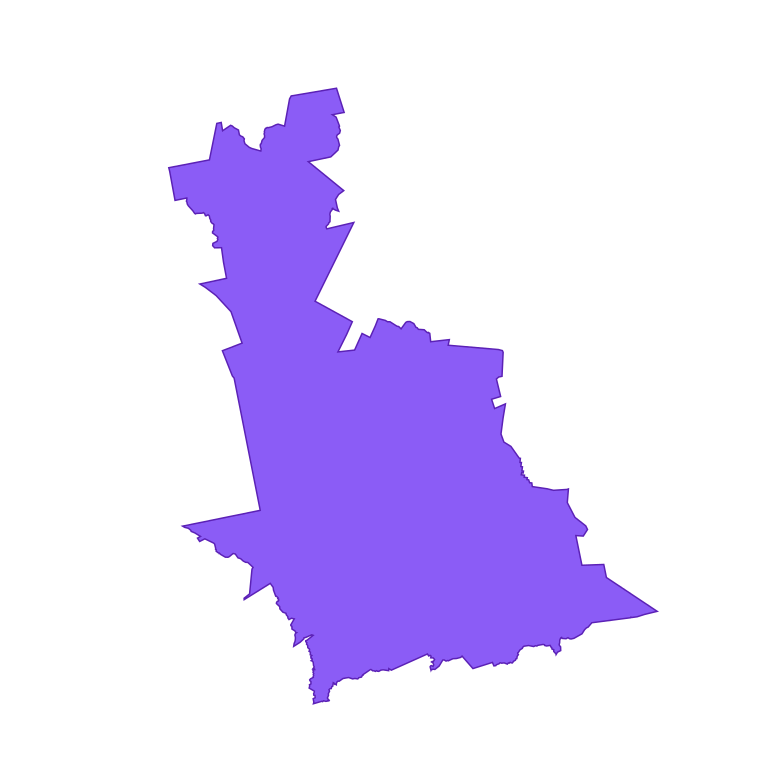 Buenaventura, Chihuahua, Mexico, rotated 349°
{"feature_id": "50627088B21405977079278", "entity_name": "Buenaventura", "entity_type": "district", "adm_level": 2, "iso_a3": "MEX", "parent_name": "Mexico", "parent_adm1": "Chihuahua", "projection": "albers", "projection_center": [-107.167, 30.188], "detail": "fine", "context": "isolated", "style": "filled", "palette": "violet", "viewbox_px": 768, "rotation_deg": 349, "n_neighbors": 0, "source": "geoboundaries", "source_scale": "gbopen_adm2", "svg_char_len": 6166}
<svg xmlns="http://www.w3.org/2000/svg" viewBox="0 0 768 768"><g transform="rotate(349 384 384)"><path d="M231.7,320.5L236.7,347.2L238.0,349.6L238.4,484.4L159.2,485.1L161.0,486.7L164.4,488.3L166.4,490.7L166.6,491.9L169.9,494.1L174.8,498.6L171.5,499.7L173.0,503.4L178.6,501.8L186.5,507.7L187.2,508.8L187.4,513.2L187.1,514.1L187.7,514.7L187.3,516.1L189.1,518.1L189.9,518.4L189.9,519.0L190.4,519.0L191.1,520.1L195.2,523.7L197.8,524.3L199.3,523.9L203.5,521.6L205.6,522.5L207.5,526.8L209.9,528.1L212.0,530.9L214.1,532.6L216.3,533.2L220.5,539.0L219.1,540.5L212.0,564.4L205.8,567.6L205.6,569.0L234.3,558.0L236.4,562.5L236.2,565.2L237.2,571.5L237.5,571.4L239.2,573.5L238.7,574.4L239.4,574.9L239.3,576.3L238.9,576.9L238.0,576.9L236.9,577.8L236.5,579.0L239.1,582.6L238.9,584.9L241.2,588.7L244.1,590.4L244.0,591.8L245.2,594.0L245.0,595.3L245.8,597.1L248.4,596.3L251.1,597.4L246.5,602.7L246.5,603.5L247.2,604.0L247.3,604.5L246.9,607.0L249.4,609.3L250.0,611.0L250.7,611.4L249.6,611.8L248.6,613.4L248.7,615.7L248.4,617.2L247.6,619.6L246.3,621.5L245.3,624.3L252.4,621.5L256.7,618.8L257.0,617.9L259.0,617.8L265.2,616.4L266.5,617.2L259.6,620.8L258.2,621.1L258.0,622.0L258.9,623.2L258.3,624.6L259.2,626.0L258.9,628.0L259.3,629.0L260.2,629.8L260.2,630.9L259.4,632.1L260.6,633.2L259.9,635.7L261.3,636.7L260.2,637.5L260.3,638.5L260.0,638.8L260.2,639.5L261.0,639.8L260.9,641.0L259.7,641.7L260.8,642.4L261.4,643.6L261.1,646.8L261.5,648.5L260.1,649.8L260.9,649.8L261.6,650.8L261.5,651.2L259.9,650.8L259.6,651.3L260.1,652.5L259.3,653.3L259.8,654.8L259.1,655.7L259.3,656.8L258.5,658.0L258.6,658.5L255.6,659.4L254.6,660.2L254.7,661.2L255.5,662.1L255.1,664.2L254.8,664.7L253.5,664.9L253.4,666.3L252.5,668.2L257.0,672.2L256.8,673.1L255.8,674.6L255.8,676.2L256.8,676.5L256.6,678.8L254.4,679.4L254.4,683.0L253.7,684.4L262.5,683.6L263.2,684.1L264.2,683.4L266.2,684.4L267.8,684.5L268.6,683.9L269.0,684.5L269.5,684.5L269.9,684.1L268.6,682.0L268.6,681.3L270.2,678.9L270.2,677.5L271.9,675.2L271.7,673.5L272.9,672.8L274.1,672.9L275.1,671.0L276.0,670.9L277.2,667.5L278.0,668.2L278.0,669.0L278.5,669.5L278.9,669.3L279.8,670.1L280.0,669.1L281.1,667.4L282.2,666.9L283.3,667.2L287.5,665.3L290.8,665.3L293.3,665.4L296.9,667.5L299.2,667.5L302.0,668.5L303.2,667.5L306.0,667.4L307.4,665.6L307.9,665.8L308.4,665.1L316.2,661.7L316.8,661.8L318.2,663.4L319.4,663.6L320.8,664.5L322.1,664.0L322.8,664.7L324.1,665.1L326.3,664.3L328.6,664.4L333.9,666.3L334.4,664.3L336.6,666.3L375.1,657.3L376.0,659.5L377.5,659.2L378.3,660.2L377.6,661.7L380.1,662.3L381.1,664.1L379.2,666.1L378.4,665.5L377.6,665.9L378.9,667.1L379.2,669.3L378.2,670.6L377.0,669.5L376.0,669.6L375.3,670.4L375.5,673.8L375.8,673.3L376.0,673.7L377.6,673.3L379.5,673.9L384.3,671.4L389.0,666.2L390.3,666.3L392.0,667.8L393.8,667.6L394.3,668.0L399.3,666.8L402.7,667.3L407.2,667.0L408.7,666.0L417.0,680.3L437.3,678.0L438.1,681.7L440.0,681.8L440.8,681.0L443.5,680.6L444.8,679.8L446.2,680.5L448.7,680.7L451.6,682.5L452.6,681.7L453.6,681.9L453.7,681.5L454.8,681.3L455.4,681.9L456.8,682.3L458.3,680.9L460.3,680.2L461.0,679.0L462.0,678.9L462.8,676.6L464.3,675.3L463.8,674.2L464.0,673.4L464.7,673.1L466.8,670.9L469.4,669.9L469.7,669.1L471.3,668.1L476.0,668.3L480.9,670.3L482.6,669.8L484.1,670.4L485.1,669.9L490.4,670.0L491.8,670.6L491.9,671.4L493.6,672.2L497.2,672.3L498.0,674.8L498.3,674.9L498.4,676.4L499.9,677.1L499.6,679.0L501.3,681.7L501.3,682.4L503.1,680.4L506.6,679.4L507.2,675.7L506.3,674.0L506.3,672.9L507.0,671.7L507.7,668.8L509.0,667.0L510.0,666.7L510.2,667.7L514.1,668.8L516.2,668.1L517.6,669.5L519.0,670.0L521.9,669.9L530.7,667.0L534.0,663.5L536.2,662.0L538.0,661.6L542.5,658.0L581.6,660.5L581.9,660.0L582.8,660.5L588.1,660.8L595.9,659.9L608.8,659.3L565.4,616.4L565.3,603.1L543.7,599.7L543.4,569.4L550.6,571.3L556.0,565.7L555.0,561.8L546.0,551.4L541.3,535.4L545.0,522.2L543.5,522.4L530.1,520.7L524.2,518.0L510.0,513.0L510.2,509.3L508.1,508.7L507.7,505.7L506.1,505.1L506.8,503.3L503.8,502.2L504.5,500.3L501.4,499.3L502.2,497.4L503.6,497.9L504.3,496.1L502.8,495.6L504.1,491.7L502.6,491.1L503.9,487.3L502.5,486.9L503.7,483.0L502.8,482.7L502.3,482.0L496.7,469.5L490.6,463.9L489.3,455.4L494.4,440.1L499.4,426.7L487.9,429.2L486.7,419.5L496.1,418.5L495.3,400.5L498.0,399.0L501.3,399.0L507.0,375.6L506.6,373.8L502.9,372.0L454.4,358.2L456.6,352.9L437.9,351.4L438.6,343.0L437.4,341.9L437.2,342.2L436.0,341.5L433.8,338.4L428.2,336.9L427.3,335.1L426.2,334.5L424.8,330.4L421.4,327.6L418.7,327.2L417.1,327.7L411.3,333.1L409.4,330.4L407.7,329.7L401.7,324.0L399.4,323.6L397.4,321.8L391.4,319.0L390.6,318.9L386.7,325.1L379.2,335.7L372.1,330.2L361.6,345.1L344.9,343.7L356.8,328.2L364.8,316.8L332.1,289.6L385.2,219.7L357.5,220.8L357.1,219.5L357.3,218.2L360.2,216.2L360.4,215.4L361.9,214.4L363.2,209.0L363.2,207.0L364.2,204.9L366.8,202.6L366.7,201.8L367.3,201.7L367.5,202.4L369.6,204.1L372.5,205.7L371.8,202.3L371.6,193.6L375.6,189.3L381.4,186.5L352.1,151.3L375.1,150.9L383.5,145.6L384.8,142.5L385.9,141.3L385.5,134.8L384.6,133.0L384.8,131.7L385.6,130.6L388.3,129.3L389.5,126.8L388.7,123.1L389.4,122.7L389.5,122.0L387.9,112.9L384.7,109.8L396.7,109.8L393.8,84.6L347.9,83.5L345.7,86.1L335.6,111.9L329.6,108.7L327.4,108.9L323.1,110.1L319.4,110.3L318.2,109.9L317.2,110.5L316.8,110.4L316.9,110.0L315.7,111.3L314.6,113.6L314.7,114.6L314.0,115.6L314.2,117.1L313.8,119.2L310.8,121.6L309.3,124.7L308.5,125.0L308.1,125.8L307.9,128.0L308.3,129.6L307.5,131.8L299.2,127.6L296.9,126.0L293.3,121.6L293.0,118.4L293.7,116.7L292.5,114.4L290.8,113.3L289.6,111.8L289.6,106.9L285.9,103.9L284.3,101.8L282.8,100.8L273.9,104.6L274.1,96.2L269.6,96.3L255.4,130.7L214.0,130.6L214.2,134.4L213.9,163.9L225.9,163.8L225.8,164.9L224.9,166.9L225.3,168.0L225.2,169.7L225.9,171.7L229.4,177.5L230.7,180.5L231.6,181.1L232.1,180.7L238.0,181.6L239.5,181.3L240.5,182.8L240.8,184.7L241.4,185.0L243.6,184.3L244.6,185.6L244.6,188.3L245.2,190.0L244.9,191.0L245.1,191.9L246.1,193.7L247.1,194.3L247.5,195.2L246.3,199.1L246.2,200.7L244.9,201.5L244.5,203.0L248.9,207.8L248.9,208.4L248.2,209.2L248.6,210.2L247.3,212.1L242.9,213.3L242.2,215.5L243.7,218.0L250.5,219.2L249.7,233.8L249.6,250.2L222.3,250.7L226.9,254.9L236.1,265.2L247.6,283.8L252.5,316.8L231.7,320.5Z" fill="#8b5cf6" stroke="#5b21b6" stroke-width="1.5"/></g></svg>